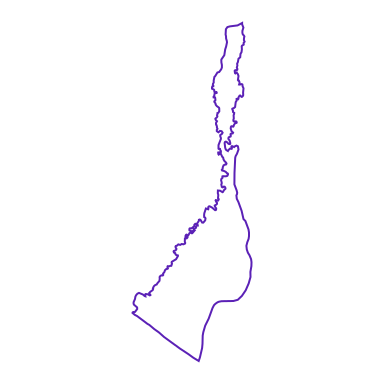 San Lorenzo, Suchitepéquez, Guatemala
{"feature_id": "79465075B60827763716614", "entity_name": "San Lorenzo", "entity_type": "district", "adm_level": 2, "iso_a3": "GTM", "parent_name": "Guatemala", "parent_adm1": "Suchitepéquez", "projection": "robinson", "projection_center": [-91.555, 14.28], "detail": "fine", "context": "isolated", "style": "outline", "palette": "violet", "viewbox_px": 384, "rotation_deg": 0, "n_neighbors": 0, "source": "geoboundaries", "source_scale": "gbopen_adm2", "svg_char_len": 5993}
<svg xmlns="http://www.w3.org/2000/svg" viewBox="0 0 384 384"><path d="M217.4,113.1L217.4,114.2L217.0,115.2L217.4,116.3L217.2,116.8L216.8,117.4L215.4,118.6L215.5,119.4L216.1,120.4L217.0,121.2L216.0,123.0L216.0,124.0L216.3,124.6L216.2,124.8L216.9,126.2L216.9,127.5L217.5,128.8L216.8,129.8L216.8,131.1L217.5,131.7L218.5,132.3L219.9,130.9L221.6,131.2L222.6,132.7L222.0,133.8L220.2,135.1L220.3,136.4L220.9,138.0L220.9,138.9L218.5,145.1L218.5,148.7L218.7,148.9L219.3,148.7L220.0,148.9L220.1,149.7L220.9,151.1L220.9,152.2L220.7,152.4L220.0,152.2L218.2,152.5L218.3,154.0L218.7,154.6L220.4,153.5L220.8,153.7L222.3,156.9L222.7,157.1L223.2,157.8L223.5,159.4L224.5,161.1L225.6,162.1L226.5,163.4L226.3,164.1L225.8,164.6L225.1,164.5L223.6,165.3L222.8,167.2L222.6,168.8L221.8,169.9L222.1,170.5L223.8,170.9L225.7,171.8L227.2,173.5L227.6,173.4L228.0,173.9L228.0,174.4L227.5,175.6L227.2,175.9L225.9,176.3L222.9,176.2L222.4,176.4L222.5,177.8L221.4,178.9L221.2,179.6L221.1,180.3L221.7,182.4L221.7,183.6L221.3,184.4L221.8,186.9L222.4,187.3L223.0,187.3L223.8,186.6L224.6,186.7L225.0,187.1L225.5,188.2L225.4,188.8L224.0,190.1L222.9,192.0L222.5,192.2L220.1,190.7L217.9,190.5L217.8,193.2L218.3,194.9L218.0,198.1L218.1,198.5L218.7,199.1L218.7,199.6L218.0,200.6L215.8,200.1L215.6,200.4L216.2,201.8L217.0,202.9L217.0,203.5L216.9,204.0L216.3,204.6L214.7,205.5L214.9,206.5L216.2,208.4L216.1,209.7L215.7,210.1L215.0,210.1L212.1,207.6L209.7,206.3L208.9,206.4L208.4,206.9L208.2,207.8L208.4,208.9L208.2,209.3L205.9,208.5L204.3,213.3L204.1,215.2L204.2,217.1L205.1,217.6L205.5,218.3L205.2,220.3L204.4,221.3L203.3,222.6L202.2,222.6L200.5,219.9L199.8,219.5L198.9,219.8L198.8,221.0L197.3,223.2L197.2,223.9L197.4,224.7L197.8,225.1L197.8,225.6L197.2,225.6L196.7,224.7L195.7,223.8L195.3,223.8L194.4,224.7L194.3,225.3L194.5,226.0L195.9,226.9L196.1,227.2L195.8,228.0L194.1,229.1L193.7,228.8L193.0,227.2L191.6,228.3L189.9,228.3L189.5,228.6L189.3,230.0L189.6,230.6L192.3,231.4L193.6,230.3L194.5,230.6L192.3,233.2L191.8,233.3L190.8,232.6L189.5,233.1L188.2,235.5L187.9,235.8L186.7,234.6L186.1,234.8L185.6,235.6L185.5,236.6L187.1,236.4L187.5,237.5L186.8,238.3L184.9,238.7L184.8,241.7L185.2,242.8L185.1,243.5L183.5,244.3L181.7,244.0L180.2,244.9L178.3,244.4L176.9,245.7L175.8,246.0L175.5,246.5L175.7,247.7L176.4,248.7L176.3,249.5L175.5,250.4L173.9,250.9L173.6,251.3L173.7,251.7L173.9,252.4L174.4,252.9L175.2,253.1L175.6,254.5L176.4,255.1L177.9,255.4L178.0,255.9L176.1,259.2L171.8,261.8L171.6,262.8L172.0,263.7L171.3,265.8L170.4,265.8L169.2,266.3L167.7,266.2L167.4,267.0L167.9,268.4L167.6,268.8L166.3,269.0L165.0,270.2L164.3,272.2L163.1,273.5L163.2,275.0L162.7,275.5L161.4,275.3L159.8,276.5L159.6,277.3L159.7,278.6L159.5,280.8L157.2,283.5L156.7,284.5L155.3,285.0L154.1,286.0L153.2,287.5L153.2,288.1L152.9,288.4L153.1,289.0L152.7,290.1L150.3,291.8L149.2,293.0L149.4,293.8L150.3,294.6L150.4,295.1L149.8,295.4L147.8,294.3L145.8,294.0L145.3,294.3L145.2,294.9L145.4,296.3L144.6,296.0L142.9,294.5L139.0,292.9L137.4,293.7L136.1,295.2L135.4,296.6L135.0,299.0L133.6,302.2L133.6,303.8L134.0,304.7L137.1,307.4L137.2,309.0L135.0,311.9L134.6,312.1L133.3,312.0L132.7,312.4L132.5,312.9L134.7,314.8L137.0,316.0L147.5,323.9L149.3,324.9L154.4,329.2L158.9,332.4L164.2,337.1L180.0,348.6L188.5,354.2L193.3,357.7L198.7,361.0L199.9,357.5L202.1,348.1L202.5,343.8L202.7,335.6L203.3,332.2L205.2,325.7L208.7,318.6L212.5,308.1L214.0,305.2L215.4,303.8L217.5,302.3L219.0,301.7L221.6,301.2L233.4,301.0L237.8,299.8L241.9,295.9L245.7,290.3L248.7,283.4L250.5,277.0L250.4,271.9L251.4,266.1L251.5,262.2L251.1,259.2L249.5,255.3L247.9,252.7L246.8,249.5L246.4,245.8L247.3,242.2L248.6,238.9L249.0,236.2L249.0,232.5L248.5,229.4L245.4,221.0L243.5,219.1L241.6,210.8L238.4,202.0L236.8,198.8L236.4,195.4L237.0,194.1L237.2,192.7L236.6,190.3L234.4,184.4L234.5,172.9L235.2,157.8L235.6,156.2L237.0,153.7L238.5,149.5L237.9,146.3L236.5,145.6L234.7,146.4L234.5,146.8L234.1,147.1L232.5,146.2L231.6,146.2L231.4,146.6L231.9,147.7L231.8,148.7L231.2,148.9L230.4,148.5L229.9,148.6L228.1,150.5L227.9,151.0L226.4,150.1L225.8,149.5L225.2,147.8L224.6,143.0L225.0,142.0L225.9,141.6L227.0,142.2L228.5,143.8L229.4,144.1L230.2,143.9L230.3,143.1L229.6,140.5L228.4,138.9L228.4,138.1L228.7,137.3L230.6,136.5L230.8,135.9L230.5,134.3L230.7,133.8L232.7,133.4L233.1,132.6L231.5,131.1L230.7,128.6L230.9,126.9L231.3,126.3L231.9,126.2L233.1,126.7L233.5,126.4L233.9,125.0L235.1,123.2L236.5,122.9L236.7,122.3L236.4,121.6L236.0,121.4L233.8,121.4L233.4,120.9L233.4,119.7L233.8,118.5L233.6,115.2L234.1,114.0L234.2,112.8L233.2,112.3L233.0,111.9L232.9,110.4L232.3,109.4L232.3,108.7L234.1,107.9L235.1,107.0L235.7,102.1L236.6,100.7L236.6,98.9L237.1,98.8L238.0,99.3L238.4,98.8L238.2,98.5L238.6,97.2L239.6,95.6L240.3,95.5L241.5,96.9L241.9,96.9L242.8,96.1L243.2,95.2L243.1,92.4L243.5,88.3L242.6,86.3L242.4,84.5L241.8,84.1L240.6,84.2L240.0,84.6L239.1,84.5L239.5,83.2L239.5,82.1L238.9,81.1L238.9,80.6L238.2,80.5L237.9,80.0L238.5,76.0L237.8,74.0L237.0,73.2L236.7,72.4L236.2,72.5L235.3,73.4L235.0,73.1L234.7,71.2L234.7,70.7L235.2,70.2L237.0,70.0L237.3,69.7L237.4,69.0L236.8,67.5L237.4,65.5L237.1,63.8L237.9,62.0L238.5,58.7L240.2,57.3L240.5,53.9L241.5,52.2L241.9,49.3L241.7,46.3L242.0,45.7L243.7,44.6L243.6,42.9L244.6,41.7L243.9,40.1L244.0,38.1L244.4,36.4L243.7,35.3L242.8,34.4L242.4,32.9L242.4,30.9L243.4,27.6L242.1,24.3L242.1,23.0L237.6,25.4L229.8,26.4L227.4,27.1L225.9,29.2L225.6,34.6L226.0,36.1L226.1,38.5L226.8,40.9L227.0,42.3L226.1,46.6L225.2,49.4L224.3,55.2L221.5,59.3L221.3,59.9L221.4,62.5L221.9,65.0L221.9,67.5L221.2,69.3L219.2,72.0L217.4,72.5L215.2,76.1L214.4,76.9L213.7,80.5L213.7,82.6L213.0,83.7L212.9,84.6L212.8,85.5L213.3,85.7L213.3,86.3L212.3,86.6L212.0,87.2L212.0,88.7L213.9,89.6L214.2,90.1L214.4,91.9L214.9,92.1L216.4,92.0L216.7,92.5L216.6,93.0L214.9,93.3L214.5,93.9L214.3,95.6L213.5,96.9L213.6,97.4L215.0,97.4L215.2,97.9L215.4,99.9L215.3,100.5L214.4,101.2L214.3,101.8L215.5,103.4L215.7,104.7L216.8,106.1L218.9,107.6L219.2,108.2L219.3,111.3L218.3,112.8L217.4,113.1Z" fill="none" stroke="#5b21b6" stroke-width="2"/></svg>